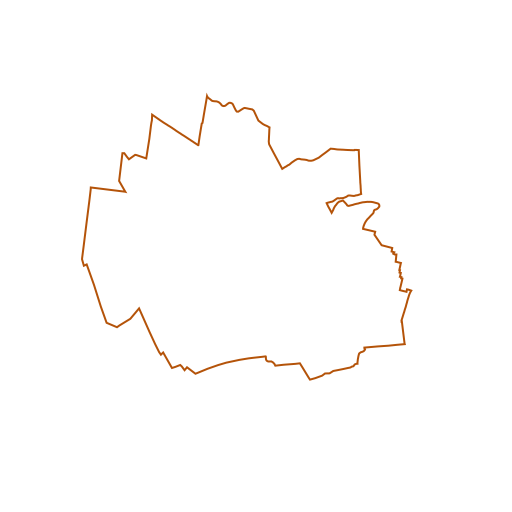 Oarja, Arges, Romania, rotated 130°
{"feature_id": "2599482B29639056489125", "entity_name": "Oarja", "entity_type": "district", "adm_level": 2, "iso_a3": "ROU", "parent_name": "Romania", "parent_adm1": "Arges", "projection": "orthographic", "projection_center": [24.954, 44.771], "detail": "fine", "context": "isolated", "style": "outline", "palette": "amber", "viewbox_px": 512, "rotation_deg": 130, "n_neighbors": 0, "source": "geoboundaries", "source_scale": "gbopen_adm2", "svg_char_len": 5478}
<svg xmlns="http://www.w3.org/2000/svg" viewBox="0 0 512 512"><g transform="rotate(130 256 256)"><path d="M309.7,426.6L311.3,425.4L320.6,419.3L339.4,407.2L359.8,394.0L369.3,387.9L370.3,387.2L374.1,381.6L371.3,380.3L374.2,375.3L382.3,361.5L394.4,342.5L403.2,327.5L399.9,316.7L397.1,316.0L384.9,311.9L371.3,311.9L375.6,303.1L382.5,289.0L388.3,276.7L391.9,268.4L392.7,265.4L389.6,265.1L395.8,248.4L392.8,246.5L388.2,244.0L388.3,241.9L389.4,237.3L385.6,237.3L385.1,226.7L382.5,225.3L373.5,220.6L363.9,214.9L356.8,210.2L346.3,202.0L339.2,195.9L336.1,193.0L329.3,186.5L326.8,184.2L326.7,183.9L327.6,183.0L328.5,182.2L329.0,181.5L329.3,180.5L329.2,179.5L328.7,178.5L326.9,176.4L326.6,174.7L326.8,172.6L327.6,170.7L321.5,164.9L317.4,160.7L313.3,156.5L310.0,153.4L310.2,152.8L311.6,148.5L314.7,139.3L315.4,137.2L316.0,135.2L315.3,134.7L315.0,134.5L311.5,132.1L305.1,128.4L303.7,128.1L301.6,127.6L300.1,125.9L298.6,124.2L297.3,123.8L294.4,122.9L291.1,120.2L286.6,116.6L282.7,113.6L282.3,113.3L282.0,113.0L281.1,112.3L280.7,112.0L280.1,111.8L279.4,111.6L278.8,111.3L278.4,110.8L277.9,110.6L277.2,110.5L275.9,110.7L275.2,110.5L274.6,110.1L273.9,109.7L273.3,109.0L272.5,109.7L269.8,111.5L267.0,113.1L266.0,113.6L264.4,114.3L263.3,114.1L262.3,113.8L261.3,113.1L260.3,112.6L259.6,112.3L258.8,112.3L258.0,112.3L257.5,112.4L257.3,112.9L257.3,113.3L256.5,114.1L246.9,104.5L239.5,96.8L233.3,90.8L227.9,85.4L227.5,86.0L212.2,102.4L212.5,102.5L211.9,103.1L210.9,103.5L204.0,106.4L203.9,106.4L201.9,107.3L201.5,107.5L198.7,108.6L196.4,109.7L194.3,110.6L193.8,110.9L192.5,111.5L190.3,112.4L188.9,113.0L187.5,113.6L185.7,114.2L184.6,114.5L182.7,114.8L182.8,115.1L182.9,115.3L183.4,116.6L183.9,117.8L184.5,118.9L186.7,117.7L187.4,119.2L188.2,120.7L189.7,123.9L187.6,125.1L186.7,125.5L182.3,127.7L180.1,128.8L179.2,129.3L179.8,130.4L179.1,130.8L178.7,131.0L179.4,132.4L179.1,132.5L175.9,134.2L176.5,135.4L176.4,135.5L174.3,136.6L174.6,137.2L171.7,138.7L168.9,140.2L168.2,140.5L169.2,142.5L169.4,142.9L169.9,144.0L170.6,145.3L164.6,149.4L165.7,150.8L166.0,152.3L164.3,152.5L165.4,155.0L162.3,156.8L167.0,166.7L163.6,178.9L162.2,179.6L160.8,180.3L163.7,186.1L166.4,191.4L166.0,191.7L165.6,192.0L163.6,192.9L161.1,193.7L159.0,194.1L156.4,194.3L154.4,194.1L152.4,194.0L151.5,194.0L149.5,193.8L147.9,193.7L147.4,193.8L146.9,194.0L146.0,194.5L145.3,194.8L144.6,194.8L144.1,194.6L143.5,194.2L142.9,193.8L142.1,193.5L141.1,193.3L140.6,193.3L140.2,193.3L139.4,193.3L138.9,193.3L138.7,193.5L138.2,193.8L137.5,194.7L137.3,195.8L137.5,196.6L139.5,200.9L140.6,202.7L141.9,204.3L142.1,204.5L142.6,205.1L142.8,205.4L143.1,205.7L144.7,207.2L145.9,208.4L146.8,209.2L147.4,209.6L148.7,210.6L150.0,211.4L151.2,212.4L153.1,213.8L154.6,214.7L155.8,215.6L156.9,216.4L157.5,216.8L158.0,217.2L158.3,217.6L158.5,218.1L158.6,218.7L158.3,219.5L158.0,221.2L157.6,225.1L158.6,225.7L159.7,226.4L160.9,227.2L162.7,227.6L163.9,227.6L165.1,227.5L167.1,227.5L169.6,227.0L170.9,226.5L174.3,225.8L173.4,228.0L172.6,230.0L171.7,232.4L170.6,234.8L170.1,235.9L169.5,235.6L168.2,234.7L167.4,234.1L166.6,233.6L165.7,232.8L165.3,232.5L164.8,232.3L164.0,232.0L162.8,231.7L161.7,231.4L160.9,231.2L160.1,231.0L159.4,230.7L158.8,230.1L158.7,229.8L158.5,229.4L158.1,229.0L157.5,228.5L157.0,227.9L156.4,227.3L155.5,226.4L154.1,225.6L153.3,225.2L152.5,224.8L151.1,224.4L150.4,224.2L149.3,223.0L148.5,221.7L147.3,219.9L146.5,219.1L145.6,218.6L144.0,217.2L141.3,215.6L141.2,215.5L140.9,215.3L140.1,216.2L138.7,217.6L137.9,218.3L136.0,220.1L135.0,221.0L132.5,223.5L131.8,224.1L128.5,227.2L123.8,231.6L120.4,234.8L108.8,245.4L108.9,245.5L109.2,245.9L110.4,247.5L111.4,248.7L111.8,248.7L113.8,251.2L117.0,255.4L118.6,257.6L119.3,258.5L122.2,262.3L123.9,265.1L125.8,267.8L130.3,268.8L132.5,269.3L136.1,270.2L138.9,270.8L140.3,271.1L145.8,273.6L146.9,274.4L147.7,275.1L148.7,276.4L149.1,276.9L149.6,278.2L149.9,279.0L151.0,280.8L152.4,282.8L152.9,283.5L153.4,284.6L153.8,285.4L154.5,286.1L155.2,286.7L157.5,287.6L161.5,288.7L164.5,289.2L164.8,289.3L165.1,289.4L165.6,289.7L167.0,290.2L167.5,290.2L167.8,290.3L168.1,290.5L169.4,291.0L170.3,291.3L171.8,291.7L172.4,291.9L169.1,300.1L165.8,308.4L162.4,316.7L162.1,317.5L161.6,318.2L160.0,319.9L158.6,320.9L157.2,322.0L153.9,324.5L150.5,327.1L148.8,328.3L148.9,328.6L149.1,329.8L149.4,331.3L150.1,333.5L150.5,335.6L150.7,340.2L150.7,341.3L146.1,351.1L146.1,353.1L146.3,353.4L146.5,353.8L147.7,355.9L148.7,357.8L149.6,359.4L149.8,359.7L150.0,360.0L150.9,360.5L153.3,361.3L155.7,362.0L156.9,362.4L157.3,363.0L157.7,363.5L157.5,364.8L156.8,366.5L155.8,368.8L154.9,370.7L154.5,371.9L154.7,373.1L155.2,374.2L155.9,375.0L156.7,375.3L158.4,375.7L160.2,376.0L161.1,376.4L161.9,377.1L162.4,378.0L162.5,378.5L162.6,379.1L162.2,380.6L162.1,381.8L162.1,383.1L162.2,383.7L162.4,384.3L162.9,385.6L164.1,387.2L165.0,388.6L165.4,389.5L165.4,390.4L165.4,391.3L165.4,392.0L165.5,392.8L165.5,394.5L165.2,395.9L165.0,396.3L168.7,394.1L181.4,386.7L183.4,385.5L188.5,382.5L189.4,382.7L195.0,379.4L200.7,376.0L208.1,371.4L208.3,371.5L208.5,373.4L210.2,388.2L210.7,391.6L210.7,392.5L210.8,392.9L210.9,393.5L211.4,397.7L211.5,399.4L211.6,400.3L211.7,401.2L211.8,402.1L211.8,402.7L211.9,403.0L212.0,403.9L212.1,404.8L212.5,407.2L212.6,408.3L213.1,411.8L213.3,413.3L213.3,413.6L213.6,416.3L214.5,426.4L218.9,423.0L221.3,421.7L223.6,420.3L235.0,412.9L251.8,402.8L255.5,412.4L256.2,413.6L263.6,415.5L263.0,418.6L261.9,423.0L263.1,424.4L286.5,409.1L290.8,397.4L290.9,397.6L309.7,426.6Z" fill="none" stroke="#b45309" stroke-width="2"/></g></svg>